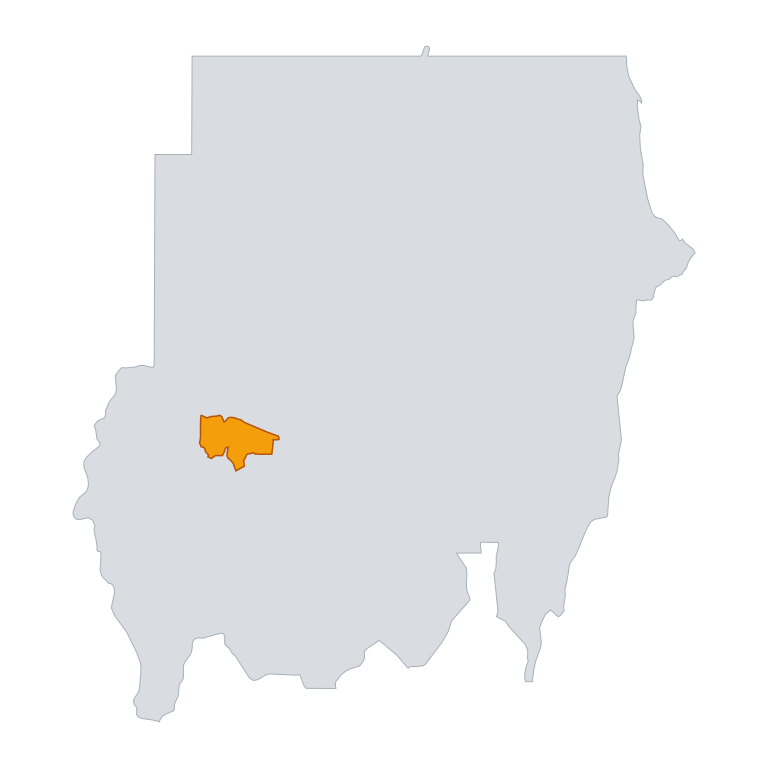 location of Melit, North Darfur, Sudan
{"feature_id": "16777658B8925741103615", "entity_name": "Melit", "entity_type": "district", "adm_level": 2, "iso_a3": "SDN", "parent_name": "Sudan", "parent_adm1": "North Darfur", "projection": "equal_earth", "projection_center": [26.262, 14.2], "detail": "fine", "context": "in_parent", "style": "filled", "palette": "amber", "viewbox_px": 768, "rotation_deg": 0, "n_neighbors": 0, "source": "geoboundaries", "source_scale": "gbopen_adm2", "svg_char_len": 4848}
<svg xmlns="http://www.w3.org/2000/svg" viewBox="0 0 768 768"><path d="M532.6,681.6L525.6,681.6L524.8,679.4L524.9,673.3L525.6,668.7L528.1,661.4L527.5,657.4L527.8,651.6L525.9,645.2L508.9,626.5L505.6,621.4L496.5,616.7L498.0,611.4L494.0,573.3L495.8,568.9L496.3,562.2L496.2,556.4L498.3,546.6L498.4,542.5L480.6,542.2L480.4,546.4L481.2,551.1L481.2,553.0L456.4,553.1L466.4,568.1L466.9,574.6L466.4,582.8L466.6,588.0L467.2,591.4L469.9,598.1L469.8,599.4L469.1,601.0L451.6,620.9L448.7,630.2L446.4,635.0L441.3,643.2L425.3,664.5L422.7,666.0L410.4,666.7L409.2,667.2L408.2,668.2L407.7,668.0L397.1,655.4L379.3,640.4L367.6,648.2L364.4,651.1L364.4,658.4L362.6,662.1L359.5,666.1L350.8,668.6L346.3,670.8L341.0,674.9L335.7,681.7L335.4,685.3L335.9,688.5L306.0,688.3L304.0,685.8L299.7,674.5L296.6,675.2L269.4,673.9L265.5,675.1L257.7,679.7L253.8,680.5L249.7,678.4L235.4,656.1L232.3,653.5L229.0,648.1L226.0,645.8L224.9,644.1L224.6,641.8L224.7,636.9L223.7,633.8L221.4,633.1L202.2,638.3L199.4,637.7L195.4,638.6L194.0,639.5L192.4,642.5L192.1,648.6L191.6,651.6L190.1,654.9L184.6,662.5L183.4,665.8L183.6,674.1L183.3,678.3L182.4,680.2L180.0,683.4L179.2,685.3L178.2,695.9L175.2,702.4L174.4,704.6L174.3,709.3L173.8,710.7L165.1,714.4L161.8,716.7L159.8,720.4L159.3,721.9L155.6,720.6L150.8,719.7L141.7,718.5L138.1,716.8L136.4,714.3L136.9,707.9L136.0,706.5L134.6,705.3L133.6,702.5L133.8,699.2L138.6,691.7L139.6,687.7L141.0,669.0L140.6,663.3L136.8,652.9L128.1,634.8L126.0,631.2L115.2,616.4L113.9,614.2L111.3,607.9L114.2,594.2L114.4,590.4L113.7,586.5L111.0,583.5L108.5,583.2L105.3,579.5L103.2,577.8L101.3,574.6L100.1,570.1L101.1,553.9L100.4,551.8L97.7,551.2L97.0,550.0L97.1,546.9L95.7,537.7L94.0,530.1L95.0,525.9L92.7,520.2L88.2,517.7L79.5,519.6L76.8,519.3L75.0,518.2L73.7,516.1L73.0,513.6L73.6,509.9L76.2,503.1L79.3,497.4L85.6,492.3L87.3,489.6L88.2,486.5L88.4,483.1L88.0,479.4L87.3,476.1L85.5,471.6L83.8,466.4L83.8,462.9L84.6,460.4L86.3,457.4L92.6,451.4L99.0,446.5L100.0,444.8L99.7,442.7L96.8,438.6L95.9,430.8L94.3,425.3L97.5,421.1L99.9,419.7L103.7,418.4L105.1,416.7L105.6,413.4L105.5,410.2L106.8,407.9L108.7,402.9L110.1,400.6L115.0,394.7L116.1,390.9L116.4,387.2L115.2,376.1L118.0,371.5L121.6,367.7L126.7,367.9L134.7,367.1L140.1,365.5L144.0,365.5L152.8,367.6L153.7,366.7L154.2,363.8L155.0,154.5L191.3,154.5L191.7,154.2L192.1,56.2L419.5,56.2L421.3,55.9L424.8,46.8L426.3,46.1L428.7,46.6L429.5,48.8L427.7,56.2L626.2,56.1L626.9,67.3L628.7,76.3L634.7,89.0L639.6,95.9L641.5,99.7L641.7,101.5L641.5,103.1L640.0,101.2L637.5,99.9L637.3,105.9L638.8,118.2L641.0,126.8L639.7,134.8L640.3,148.3L643.2,164.5L642.9,174.9L647.7,199.1L652.0,212.6L654.3,215.9L656.9,217.7L661.7,218.8L669.0,225.7L674.7,232.9L676.8,236.7L679.6,240.9L681.5,240.1L682.6,239.0L684.5,242.4L693.6,249.6L695.0,253.0L691.9,256.3L688.3,262.0L686.6,267.3L685.7,269.0L682.8,272.3L682.3,273.9L681.1,274.9L679.7,275.0L676.7,276.8L673.9,276.2L671.2,277.2L670.2,278.5L668.0,279.6L665.1,280.2L660.5,284.6L656.5,286.8L655.2,288.6L653.2,297.5L651.7,299.9L645.7,300.1L642.8,300.9L638.8,299.9L636.8,300.0L636.4,301.9L635.8,309.6L636.0,312.9L632.8,321.6L634.1,338.0L631.0,350.3L630.6,353.1L627.5,362.8L625.9,366.5L622.0,384.7L620.4,390.3L617.0,396.2L621.4,440.0L618.6,453.5L618.8,460.8L616.9,471.7L615.3,476.7L612.7,482.7L610.5,489.5L608.6,498.4L607.6,515.3L606.9,516.9L596.2,519.0L592.9,520.2L590.7,522.0L587.9,526.4L582.6,538.3L579.8,545.6L575.4,555.6L570.3,562.7L569.2,566.1L568.4,572.5L566.6,582.7L564.9,589.9L565.3,595.7L563.7,605.8L564.0,610.7L562.2,613.4L559.7,616.0L558.1,616.7L550.5,609.9L545.3,614.6L542.1,621.1L539.6,627.7L541.2,641.7L541.1,644.7L540.3,648.1L535.5,661.8L534.1,668.1L532.6,679.0L532.6,681.6Z" fill="#d9dde1" stroke="#a8b0b8" stroke-width="1"/><path d="M235.9,470.9L244.4,466.1L243.7,460.7L246.9,454.5L247.2,454.1L249.3,453.8L250.7,453.5L252.5,453.1L253.3,452.9L253.8,452.9L255.1,454.1L256.1,454.2L257.4,453.8L258.8,454.2L259.8,454.3L264.9,454.2L268.2,454.2L271.8,454.2L273.0,443.6L273.1,442.1L273.4,439.6L275.0,439.9L279.0,439.5L279.0,439.4L279.0,439.2L279.0,438.9L278.9,438.6L278.9,438.4L278.8,438.0L278.8,437.9L278.8,437.6L278.7,437.3L278.7,437.2L278.6,436.9L278.6,436.7L278.5,436.3L276.9,435.6L274.0,434.6L267.1,432.1L244.3,422.4L240.7,419.7L237.2,418.9L235.0,417.9L231.3,417.3L229.2,417.6L228.2,417.9L226.3,419.9L224.9,421.8L223.9,421.9L222.6,418.5L221.7,416.6L219.8,415.3L216.1,416.2L211.6,416.4L206.7,417.9L204.3,416.7L201.1,415.1L201.1,414.9L200.6,419.5L200.6,422.2L200.5,428.0L200.5,437.4L199.6,443.2L200.0,444.2L200.5,444.9L201.2,446.8L201.6,446.6L203.4,447.3L204.4,448.2L205.2,449.3L205.1,450.7L205.9,452.0L206.4,453.0L207.1,453.2L208.4,454.9L207.9,456.8L211.5,458.5L215.3,455.6L217.1,455.6L222.4,455.6L224.4,451.6L225.4,448.1L228.2,447.1L228.0,447.5L227.3,452.4L227.0,455.7L228.1,458.3L230.0,459.7L232.6,462.5L233.1,463.1L233.7,464.8L235.9,470.9Z" fill="#f59e0b" stroke="#b45309" stroke-width="1.5"/></svg>